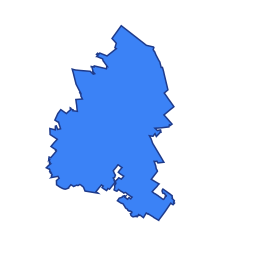 Huehuetán, Chiapas, Mexico (Equal Earth projection), rotated 120°
{"feature_id": "50627088B5794115738301", "entity_name": "Huehuetán", "entity_type": "district", "adm_level": 2, "iso_a3": "MEX", "parent_name": "Mexico", "parent_adm1": "Chiapas", "projection": "equal_earth", "projection_center": [-92.394, 15.021], "detail": "fine", "context": "isolated", "style": "filled", "palette": "blue", "viewbox_px": 256, "rotation_deg": 120, "n_neighbors": 0, "source": "geoboundaries", "source_scale": "gbopen_adm2", "svg_char_len": 5748}
<svg xmlns="http://www.w3.org/2000/svg" viewBox="0 0 256 256"><g transform="rotate(120 128 128)"><path d="M169.8,50.2L169.8,50.4L170.0,50.6L170.1,50.9L169.3,51.5L169.2,51.4L168.7,51.2L168.3,51.5L168.0,51.6L167.7,51.6L167.6,52.1L167.5,52.6L167.1,53.7L167.0,54.5L166.6,54.7L166.3,54.7L165.8,55.0L165.0,55.8L164.9,55.8L164.5,56.0L164.5,56.8L164.5,57.0L164.4,57.2L164.3,57.8L164.1,59.3L164.0,60.8L163.7,63.6L163.6,65.1L163.4,66.6L163.4,67.0L163.6,66.9L163.7,67.1L163.8,67.2L164.0,67.3L164.3,67.3L164.7,67.3L164.9,67.2L165.6,67.0L166.3,66.0L166.8,65.7L167.1,64.9L166.4,63.7L166.5,63.4L167.3,62.5L167.3,61.6L167.4,61.2L167.5,60.9L167.9,60.8L168.7,61.5L169.0,61.3L169.7,61.2L171.1,61.4L171.4,61.3L171.9,61.4L172.3,61.8L172.1,63.7L171.9,65.3L171.8,67.0L171.6,67.9L171.5,70.0L171.4,71.5L171.5,72.3L171.5,72.7L171.2,74.4L171.1,75.2L169.6,75.0L164.3,73.7L161.7,73.4L160.9,73.1L160.9,76.8L160.8,80.7L160.8,82.2L154.7,81.4L152.6,81.1L150.7,80.9L150.1,81.6L149.7,82.2L149.5,82.6L149.4,82.9L148.7,83.6L148.3,83.9L148.1,84.1L147.1,84.9L143.8,88.7L143.2,87.5L143.0,87.1L142.4,86.5L142.3,86.4L143.3,84.6L139.7,79.8L138.7,81.6L138.5,81.9L137.3,84.0L130.9,95.5L129.4,98.2L128.7,99.3L125.9,102.5L124.0,105.6L122.7,102.2L119.4,101.8L121.2,99.2L115.4,97.8L115.2,97.5L114.9,98.0L114.7,97.7L113.4,98.8L113.5,99.1L114.1,99.8L114.3,99.9L114.5,100.3L115.0,100.6L115.5,101.1L115.4,101.7L114.7,104.5L112.4,101.0L111.3,99.4L106.6,93.1L104.6,93.7L104.7,92.7L102.6,91.8L98.7,103.4L91.8,100.9L88.0,99.4L86.6,98.9L84.0,104.5L82.5,107.9L81.4,110.1L80.4,112.3L79.6,114.1L75.0,112.5L63.6,123.3L61.2,125.5L59.9,126.8L58.3,128.5L59.0,129.5L54.9,133.5L53.9,135.4L50.7,140.4L48.6,143.1L48.6,143.6L48.1,144.2L47.6,145.4L45.4,145.8L45.1,146.4L47.2,153.4L42.8,185.0L58.5,186.6L59.3,184.0L60.5,180.5L65.0,179.5L65.1,177.8L76.1,182.2L77.2,189.9L78.6,190.2L78.4,191.7L80.0,192.1L80.2,190.5L81.7,190.8L81.6,190.6L81.0,185.8L80.9,184.5L82.3,183.1L82.3,182.9L85.0,176.9L85.1,177.3L87.3,176.3L87.5,176.3L91.3,188.9L91.3,188.7L92.2,188.0L93.1,190.6L93.4,190.4L93.0,189.7L93.9,189.0L94.0,189.0L96.2,186.8L96.7,186.8L97.6,184.0L97.8,184.2L98.2,184.5L98.4,185.0L98.6,184.9L98.7,185.1L97.8,189.1L102.0,198.0L104.0,202.4L104.1,202.8L104.6,204.4L104.8,205.5L104.9,205.8L107.5,203.1L109.8,200.9L116.0,194.9L119.3,189.8L121.4,186.5L121.7,187.1L122.8,185.3L123.8,184.9L125.7,182.0L129.4,187.4L132.3,185.2L134.0,183.8L135.7,182.6L136.7,181.9L138.9,180.2L140.6,184.4L139.7,184.7L140.1,186.5L139.7,187.0L139.4,187.5L139.4,188.1L140.4,187.5L140.9,187.0L141.2,186.8L143.0,187.6L146.3,188.6L145.7,195.4L150.5,196.0L157.7,195.3L157.9,191.7L157.6,191.2L162.4,186.0L164.4,188.1L162.0,191.2L162.7,191.8L166.0,190.1L167.5,195.4L172.6,192.2L173.1,183.6L177.4,184.6L180.2,185.1L182.5,185.5L182.8,181.9L182.9,179.6L183.5,179.7L183.7,178.5L192.3,180.0L192.6,181.8L192.8,181.7L193.2,181.6L193.5,181.5L194.2,181.2L194.6,181.0L194.8,180.8L195.4,180.6L194.6,180.4L194.6,180.0L195.7,180.1L196.0,179.2L197.1,178.8L197.0,178.2L197.7,178.2L198.0,178.1L198.0,177.8L197.8,177.1L199.9,178.0L203.3,178.9L203.1,175.4L202.9,175.4L203.0,175.1L204.4,174.0L204.9,174.0L204.9,173.2L205.1,173.4L205.5,173.1L205.7,172.8L205.7,172.5L205.7,172.3L205.7,172.1L205.8,171.7L206.0,171.3L206.1,170.9L206.3,170.5L206.7,170.3L207.3,170.4L207.7,170.4L208.0,170.3L208.2,169.8L208.7,169.6L209.4,169.8L204.9,164.5L206.0,162.5L209.3,163.7L212.9,161.5L213.2,157.8L213.1,154.5L212.9,153.7L212.9,153.3L212.7,152.7L212.3,151.7L212.0,151.4L211.4,150.8L209.8,149.5L209.7,149.7L205.7,149.1L205.7,147.1L205.9,145.9L203.1,143.8L202.9,142.6L202.7,142.4L201.5,141.8L201.0,141.5L200.9,140.8L201.1,139.1L201.3,138.8L201.2,138.1L201.7,136.7L204.1,133.7L199.4,121.3L199.3,121.9L199.4,122.6L199.3,123.2L199.2,123.4L199.1,123.9L197.1,123.6L196.1,123.4L194.9,123.3L192.3,122.8L190.6,122.6L190.7,120.5L192.0,120.7L192.6,120.7L192.7,119.1L192.8,118.6L192.9,115.3L192.3,115.2L190.4,115.2L190.2,113.4L182.3,112.2L182.0,112.2L181.2,112.8L180.6,113.0L180.3,113.9L179.4,114.3L179.2,114.8L178.7,115.8L177.3,114.9L176.8,114.9L175.9,115.3L175.1,115.3L175.0,115.6L174.1,117.2L173.0,118.6L172.4,119.4L167.7,118.6L166.5,118.5L166.0,118.4L165.4,118.4L164.8,118.2L164.9,116.6L165.2,115.0L165.2,113.4L169.0,114.1L171.2,114.3L171.6,111.9L171.7,110.6L171.8,107.6L173.9,107.8L174.2,108.0L175.6,108.2L175.7,111.1L177.8,111.5L178.3,111.7L179.8,112.2L180.7,112.1L181.6,111.2L182.3,110.7L184.4,110.9L185.1,110.4L185.9,109.8L186.5,109.6L188.2,109.3L188.6,109.1L188.6,108.3L188.5,107.0L188.3,106.0L187.4,105.8L186.6,105.5L186.0,105.5L186.0,104.8L186.3,102.0L186.2,101.1L186.3,100.0L186.3,99.9L186.4,99.4L186.5,99.1L185.2,98.2L185.1,97.8L185.2,96.5L185.6,95.9L185.4,95.6L185.8,91.7L185.8,90.6L185.8,89.9L187.3,90.2L187.7,90.2L188.0,90.2L187.8,91.5L187.7,92.3L189.3,92.7L189.9,92.7L189.9,93.6L189.6,94.8L189.5,96.1L189.2,96.0L188.0,95.9L188.3,96.2L188.4,97.1L188.8,97.0L189.3,97.0L189.2,98.1L189.6,98.3L190.4,98.6L190.9,98.4L193.1,100.5L196.3,100.8L196.3,99.5L196.4,99.2L196.4,97.9L196.5,97.2L196.5,96.6L196.4,95.9L196.3,95.3L196.2,95.1L196.1,94.8L196.2,94.5L196.3,94.1L196.8,93.1L197.7,91.4L198.1,90.8L198.4,90.3L198.6,89.5L198.6,89.2L198.5,88.9L198.6,88.3L198.7,87.9L198.9,87.5L199.0,87.2L199.4,86.9L199.4,86.5L199.4,85.4L199.0,84.8L198.8,84.8L198.7,83.2L198.9,82.6L199.5,82.3L200.1,82.6L200.5,83.0L200.9,83.2L201.4,82.5L201.8,82.2L202.2,81.7L202.4,80.9L202.5,79.5L202.3,79.0L201.0,77.6L200.9,77.4L200.7,77.3L200.7,77.1L200.7,76.9L200.1,76.8L200.1,76.3L200.1,76.1L200.1,75.9L200.3,75.9L200.3,75.7L197.6,75.5L197.7,74.6L198.1,74.6L197.4,73.9L197.9,69.8L192.5,69.7L192.6,68.2L192.6,67.7L192.2,67.7L192.3,66.2L192.4,61.7L192.6,60.9L192.6,55.2L192.1,55.3L187.3,54.7L181.9,54.1L171.7,53.4L171.9,51.7L171.9,51.1L171.9,50.6L170.4,50.3L169.8,50.2Z" fill="#3b82f6" stroke="#1e3a8a" stroke-width="1.5"/></g></svg>